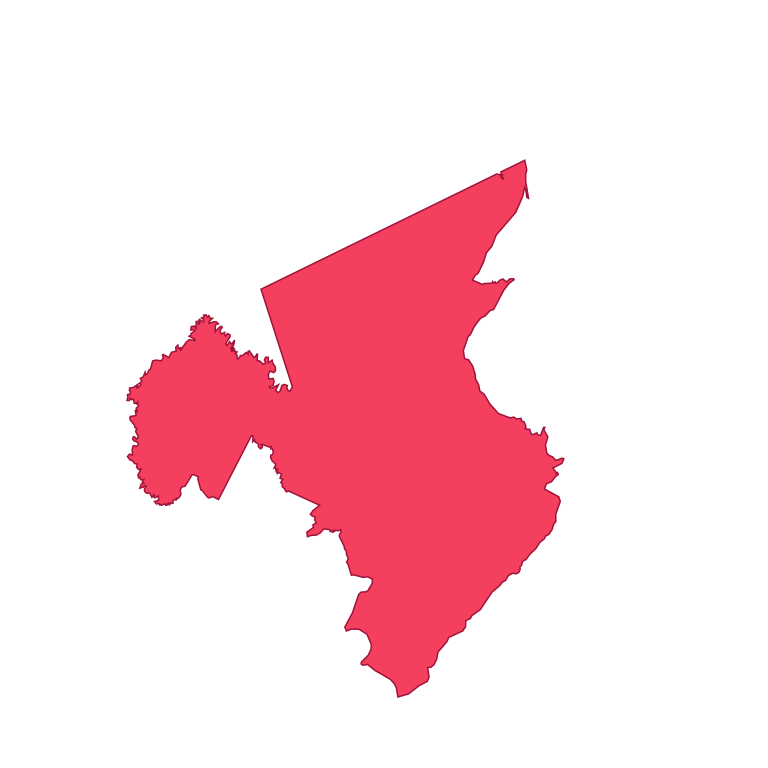 San Vicente De Chucuri, Santander, Colombia, rotated 30°
{"feature_id": "7082276B82845110848853", "entity_name": "San Vicente De Chucuri", "entity_type": "district", "adm_level": 2, "iso_a3": "COL", "parent_name": "Colombia", "parent_adm1": "Santander", "projection": "natural_earth1", "projection_center": [-73.583, 6.928], "detail": "fine", "context": "isolated", "style": "filled", "palette": "rose", "viewbox_px": 768, "rotation_deg": 30, "n_neighbors": 0, "source": "geoboundaries", "source_scale": "gbopen_adm2", "svg_char_len": 6170}
<svg xmlns="http://www.w3.org/2000/svg" viewBox="0 0 768 768"><g transform="rotate(30 384 384)"><path d="M184.1,462.8L184.5,468.6L178.0,468.8L177.7,469.7L179.7,471.7L179.6,475.2L174.4,477.4L172.1,479.7L174.3,487.7L173.4,489.4L173.9,493.3L172.9,495.2L171.2,493.3L171.9,498.3L170.1,500.9L172.7,502.4L172.4,505.7L173.9,506.3L172.4,510.9L171.5,510.7L171.2,506.9L168.5,512.5L165.7,514.7L166.8,517.0L168.0,517.1L169.1,520.0L167.1,521.5L168.5,523.0L169.7,526.7L171.6,525.8L171.6,523.1L173.0,523.9L174.8,522.6L177.3,525.6L178.8,524.9L179.7,522.8L180.1,524.9L181.2,524.6L182.4,525.7L181.5,528.8L184.9,531.7L182.5,530.7L181.8,531.2L185.1,535.3L180.7,538.8L180.6,540.1L182.1,542.0L189.0,544.6L190.0,546.2L192.0,546.0L192.7,549.4L197.6,552.4L197.4,555.6L194.1,554.4L193.3,555.3L193.8,557.3L195.7,558.2L200.2,557.7L201.4,559.0L200.9,562.0L198.4,562.1L197.7,563.2L198.6,566.6L201.7,571.3L198.7,571.9L198.1,575.1L202.0,576.8L204.5,576.2L207.7,577.6L210.3,576.7L211.3,579.6L213.1,580.6L214.9,580.6L216.2,578.1L216.3,585.7L218.3,588.0L219.5,586.7L220.4,588.2L221.8,588.4L223.8,586.9L223.7,589.8L225.4,589.9L223.8,592.3L224.6,596.3L227.3,593.5L227.4,591.8L229.1,591.3L229.1,595.0L230.5,596.7L232.9,597.3L235.7,595.7L239.7,598.2L240.1,594.9L240.9,594.9L241.1,596.9L242.6,597.1L244.5,593.7L247.0,597.6L244.0,600.5L246.8,601.7L249.4,599.8L250.4,601.4L250.3,600.1L251.8,600.4L254.6,597.0L255.7,598.2L256.9,596.9L256.5,595.8L258.2,595.9L257.1,594.8L258.3,593.8L259.1,594.4L260.9,592.6L259.5,590.7L260.5,588.8L262.0,588.3L261.3,586.8L262.2,586.9L263.3,585.0L263.4,581.4L260.5,577.5L260.3,574.4L262.8,572.0L263.2,558.5L264.4,557.8L269.2,557.1L270.6,559.7L278.2,567.2L280.2,567.2L287.3,570.1L289.2,570.3L292.1,567.1L298.4,566.8L295.0,495.4L296.4,494.5L299.2,499.6L299.8,496.9L301.4,498.7L305.4,498.7L306.4,501.0L309.5,501.9L310.3,499.9L309.6,498.3L308.0,498.0L308.5,497.2L316.6,495.9L317.6,494.5L318.4,496.8L319.5,495.8L322.5,498.7L322.6,501.3L321.6,502.0L322.5,504.4L325.6,506.5L330.5,507.6L330.9,511.7L331.7,510.7L332.9,512.1L334.5,511.0L335.0,511.9L334.0,513.3L336.4,514.9L336.7,513.4L340.3,513.3L341.1,517.6L344.1,517.2L343.8,521.1L345.4,520.9L347.2,523.8L350.7,524.5L351.7,525.7L353.5,526.1L354.9,524.4L388.9,521.2L385.9,528.7L385.3,533.4L386.9,534.2L391.2,533.8L391.8,536.3L394.7,538.1L392.9,541.6L394.6,543.5L391.3,551.0L394.1,554.5L396.5,551.6L401.0,548.6L403.3,544.7L404.3,539.7L409.0,537.5L410.5,537.4L410.9,538.5L413.9,537.8L413.0,536.6L414.9,536.2L414.5,535.3L417.9,533.9L419.2,531.9L420.9,533.6L420.7,536.9L422.0,538.7L430.7,544.5L432.3,546.6L434.9,547.5L437.0,550.6L440.4,553.0L440.7,557.0L443.2,558.3L451.3,565.9L453.3,564.4L462.9,561.8L466.1,559.2L471.5,558.8L473.5,562.5L473.4,571.1L472.2,573.0L468.1,575.8L467.3,578.9L471.1,598.1L471.6,614.1L475.0,616.7L478.1,612.7L484.8,608.9L494.3,609.2L503.2,615.9L505.3,619.8L506.0,626.7L503.5,636.0L504.1,637.9L506.3,638.1L510.0,635.1L519.4,636.6L537.1,636.6L543.0,638.5L546.6,641.0L552.5,648.1L560.2,640.2L565.1,628.0L570.2,619.9L569.7,615.6L563.6,607.6L566.2,605.9L567.6,602.2L567.2,595.9L564.8,589.2L567.3,575.7L566.8,571.1L575.7,558.4L576.0,553.4L573.1,547.9L576.1,544.0L575.9,540.6L580.2,531.2L581.6,510.3L584.9,501.0L585.7,496.3L587.5,493.3L587.5,487.6L590.2,483.5L593.2,482.4L594.9,479.9L594.8,476.9L593.2,474.5L593.8,472.4L592.7,468.5L594.8,464.7L595.4,458.5L597.7,451.0L598.2,443.1L600.3,437.7L599.9,435.2L602.0,431.6L602.3,426.1L601.1,420.7L601.6,417.3L597.9,411.1L595.4,397.6L591.8,394.3L575.4,394.7L574.6,389.2L577.9,384.9L578.7,378.8L580.2,375.2L578.4,373.9L577.6,375.5L576.4,374.0L572.2,372.4L577.8,363.7L577.1,358.8L575.2,359.3L571.1,364.3L566.6,362.8L562.6,363.3L559.6,362.5L554.3,356.1L552.3,347.8L545.6,343.9L544.8,342.0L545.3,340.7L543.9,341.9L545.3,350.1L543.1,351.2L540.7,349.9L538.0,353.8L535.9,353.3L532.9,350.4L528.7,352.2L528.2,349.9L526.4,348.3L524.4,346.8L521.3,347.1L519.9,345.3L516.2,348.0L512.8,347.8L510.4,350.2L498.1,352.4L485.5,348.3L476.0,342.8L470.6,342.2L466.3,337.3L460.6,333.7L458.3,330.2L451.9,324.2L445.2,320.7L441.1,321.8L436.0,315.4L433.1,300.7L434.1,298.4L433.5,289.3L434.1,282.9L434.8,278.7L437.7,274.1L439.1,267.3L441.7,264.7L440.8,242.7L442.0,234.3L444.5,228.6L443.4,228.1L440.3,230.2L438.9,234.4L434.4,233.6L432.3,236.4L431.6,239.7L430.3,240.9L429.4,239.9L428.1,241.6L426.9,241.0L427.3,242.5L420.2,247.2L419.6,248.5L408.6,249.8L408.7,244.3L410.1,241.0L409.2,228.4L407.1,219.2L408.5,210.7L406.7,198.8L412.3,169.3L410.3,152.2L407.6,143.6L410.3,145.6L414.3,150.9L416.3,150.9L405.5,137.8L401.9,131.6L400.5,127.0L394.0,119.9L378.9,142.3L379.5,141.9L380.3,143.8L382.7,143.4L381.3,144.4L383.1,146.1L383.3,145.9L384.4,145.9L384.9,146.3L384.4,147.2L383.8,146.0L382.0,146.5L380.5,144.6L376.6,145.8L230.1,363.4L306.2,432.4L306.0,437.2L304.2,437.6L301.8,436.1L301.1,433.7L298.0,434.1L296.3,436.3L297.6,442.4L296.5,444.3L293.2,443.7L293.0,437.4L288.9,443.6L286.8,444.4L286.1,443.4L288.8,440.6L287.5,436.7L285.3,434.6L281.6,437.2L279.0,433.2L278.8,429.9L282.9,429.2L283.3,426.5L281.1,423.3L277.5,421.8L275.2,419.3L273.3,423.3L270.3,418.8L268.1,420.0L268.4,423.0L270.7,424.8L270.7,425.9L269.0,427.2L264.8,426.2L262.5,427.2L259.5,421.4L258.9,421.8L259.0,424.9L258.0,426.0L250.8,422.6L250.0,423.7L251.2,426.1L248.9,425.6L247.0,430.5L245.4,431.1L245.6,434.2L244.6,435.5L242.1,432.4L240.0,432.0L240.7,429.8L238.9,430.3L237.9,429.3L235.4,432.4L236.5,428.2L235.1,427.7L235.0,430.5L233.5,429.9L234.3,425.2L232.6,420.6L232.3,425.6L229.0,424.6L228.9,428.9L228.2,429.2L226.6,427.4L227.1,420.3L226.3,418.5L223.0,418.6L222.8,421.7L220.8,420.7L220.2,419.0L218.4,421.7L217.1,421.6L215.0,419.4L215.7,416.1L214.4,415.2L213.1,417.0L211.7,423.1L208.4,416.9L210.5,414.7L207.9,414.0L205.8,414.9L202.0,418.9L201.4,416.6L202.7,412.9L200.3,413.9L198.1,412.4L197.8,414.2L195.3,413.1L193.4,414.5L194.5,415.9L192.9,418.2L195.7,418.3L196.4,420.7L191.8,420.4L191.9,421.5L194.1,423.1L193.7,424.9L191.1,423.0L190.1,423.8L193.4,429.7L190.9,428.7L188.4,430.5L189.7,433.9L192.4,432.0L193.6,432.8L191.7,436.6L192.4,438.1L191.3,440.1L197.8,439.9L198.5,440.9L193.1,443.0L191.8,446.7L191.0,456.5L190.3,456.4L190.6,453.7L188.1,455.9L186.0,453.4L185.3,456.5L187.6,459.4L184.1,462.8Z" fill="#f43f5e" stroke="#9f1239" stroke-width="1.5"/></g></svg>